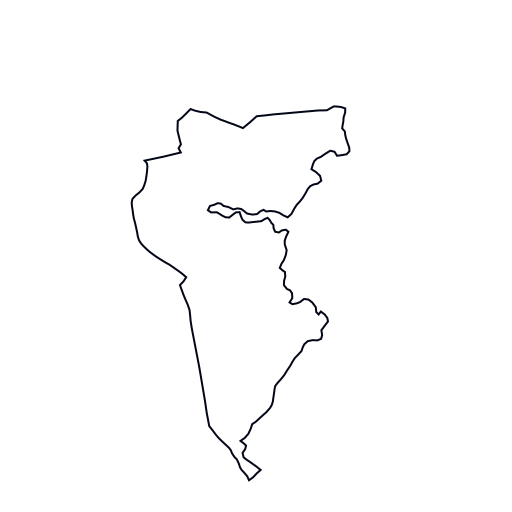 Jomvu, Coast, Kenya (Robinson projection), rotated 43°
{"feature_id": "3690345B21268923503814", "entity_name": "Jomvu", "entity_type": "district", "adm_level": 2, "iso_a3": "KEN", "parent_name": "Kenya", "parent_adm1": "Coast", "projection": "robinson", "projection_center": [39.609, -3.99], "detail": "fine", "context": "isolated", "style": "outline", "palette": "ink", "viewbox_px": 512, "rotation_deg": 43, "n_neighbors": 0, "source": "geoboundaries", "source_scale": "gbopen_adm2", "svg_char_len": 3397}
<svg xmlns="http://www.w3.org/2000/svg" viewBox="0 0 512 512"><g transform="rotate(43 256 256)"><path d="M403.8,424.8L404.8,419.9L404.8,414.3L405.3,409.3L399.8,409.7L394.7,410.4L391.4,410.8L388.2,411.4L384.3,411.7L380.5,409.2L379.7,404.5L378.0,401.4L374.8,401.4L370.8,401.8L371.8,397.0L371.7,391.3L369.8,385.6L367.9,381.6L368.9,377.3L369.3,371.8L369.7,367.0L370.1,363.6L369.9,357.5L369.1,354.1L367.6,351.0L365.0,347.3L362.4,343.5L360.3,340.6L358.7,337.9L358.3,333.9L358.3,329.8L357.9,324.1L356.8,318.6L355.9,312.8L354.8,308.6L354.0,304.1L354.1,299.4L354.1,294.6L352.4,290.7L351.5,287.6L351.9,283.1L354.7,279.0L358.5,275.8L360.1,272.1L358.3,268.7L354.4,265.7L353.7,259.1L353.3,254.8L350.5,252.7L346.2,251.9L341.3,252.4L341.7,256.0L338.3,255.9L334.7,252.7L328.8,251.6L324.0,252.1L320.4,254.7L319.6,259.7L318.2,262.7L315.5,266.4L312.2,267.1L311.3,262.1L307.8,258.7L304.3,257.9L301.1,259.0L296.3,258.3L293.4,254.9L291.4,251.0L288.1,248.0L285.2,248.4L281.5,248.5L279.9,244.2L279.2,240.0L277.0,234.7L274.4,230.8L269.1,227.9L266.5,225.1L264.7,221.0L263.2,216.2L259.9,216.4L257.5,219.6L256.7,223.2L253.4,225.2L249.8,223.6L247.5,221.4L244.6,221.3L241.3,220.3L238.4,220.2L237.1,223.2L236.2,226.8L233.2,230.3L230.4,233.5L227.7,236.7L225.3,238.6L221.4,238.7L217.9,237.2L214.1,235.1L211.5,237.9L210.8,241.8L210.2,246.1L207.2,248.5L203.8,249.5L201.0,250.0L197.6,250.7L193.4,254.8L189.6,255.3L188.2,250.8L190.6,246.9L191.9,243.6L194.4,241.7L198.2,241.5L202.4,239.0L207.6,237.4L210.1,233.7L213.2,231.7L216.4,231.3L220.6,231.0L225.2,228.1L228.2,224.6L228.6,220.6L230.0,217.1L233.1,216.5L235.7,213.4L239.3,210.6L243.6,208.5L248.3,207.6L252.8,206.1L253.2,201.0L251.7,195.3L250.9,190.9L250.9,186.2L250.6,182.2L249.6,177.0L248.2,171.7L248.0,167.9L249.4,164.3L251.7,161.1L252.4,156.4L248.2,153.7L242.6,153.7L237.4,154.7L235.0,149.9L233.9,146.8L234.1,143.3L235.8,139.3L237.0,133.8L238.5,128.4L242.3,126.2L246.9,127.4L249.9,123.8L252.9,119.8L252.9,115.7L250.2,113.1L245.7,110.8L241.5,108.5L238.7,106.6L236.0,104.3L232.0,103.9L230.1,101.2L228.3,98.3L225.5,94.8L223.3,90.2L220.6,87.2L216.5,89.1L213.5,91.3L210.9,93.5L209.8,96.8L208.5,101.0L205.5,104.0L203.2,106.2L200.9,108.6L197.8,112.1L194.9,115.3L192.1,118.4L189.5,121.3L180.7,131.1L172.5,140.2L166.9,146.8L161.2,153.3L160.4,162.3L159.2,171.4L156.4,172.4L149.8,175.0L144.8,177.2L141.1,178.7L137.4,180.3L130.8,182.5L122.0,184.8L117.2,188.5L112.1,191.4L107.9,193.2L107.8,198.3L107.5,205.4L106.7,210.6L113.1,217.9L121.5,223.4L124.9,225.5L125.9,230.0L130.4,231.6L120.7,246.3L109.5,262.2L113.1,262.6L115.7,264.8L118.8,268.7L121.3,272.2L124.1,276.4L126.2,280.9L127.4,284.2L127.4,289.0L126.7,293.8L126.7,298.5L128.8,301.9L131.7,304.5L134.6,306.7L137.1,308.8L140.8,311.7L144.7,314.1L149.4,317.3L153.4,320.1L156.2,322.3L159.6,324.2L163.2,325.2L166.7,325.5L171.2,325.6L175.3,325.5L179.0,325.1L182.4,324.7L187.0,323.9L190.7,323.2L194.1,322.5L198.5,321.4L204.6,320.5L209.0,319.9L213.2,319.4L216.3,319.2L219.4,319.1L220.3,324.1L220.2,329.1L224.4,331.3L229.8,334.0L234.2,336.0L239.3,338.2L244.2,340.8L248.6,344.6L252.6,348.2L256.7,351.4L260.0,353.9L274.0,364.1L288.0,374.3L291.4,376.8L302.9,385.6L317.8,397.0L326.9,404.3L337.8,412.3L343.2,413.1L349.2,414.2L353.5,414.6L358.1,414.7L362.2,414.7L367.1,414.7L369.9,415.2L373.2,416.7L377.3,417.7L380.6,417.8L384.7,419.4L388.6,421.5L391.5,422.3L395.2,422.5L399.9,423.1L403.8,424.8Z" fill="none" stroke="#020617" stroke-width="2"/></g></svg>